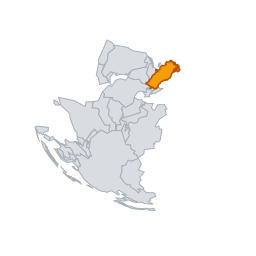 Turkey highlighted on a map of Asia, rotated 140°
{"feature_id": "TUR", "entity_name": "Turkey", "entity_type": "country or territory", "adm_level": 0, "iso_a3": "TUR", "parent_name": "Asia", "parent_adm1": "", "projection": "orthographic", "projection_center": [34.29, 38.962], "detail": "fine", "context": "in_parent", "style": "filled", "palette": "amber", "viewbox_px": 256, "rotation_deg": 140, "n_neighbors": 45, "source": "natural_earth", "source_scale": "50m", "svg_char_len": 16200}
<svg xmlns="http://www.w3.org/2000/svg" viewBox="0 0 256 256"><g transform="rotate(140 128 128)"><path d="M139.3,98.7L138.8,101.4L140.2,104.9L137.6,105.8L139.2,110.1L137.1,113.4L140.3,116.4L140.6,118.6L131.5,121.3L131.3,123.6L127.8,124.7L125.9,131.1L122.5,131.2L119.9,127.3L117.4,126.4L113.1,128.5L106.0,125.3L102.2,127.8L104.6,136.6L100.8,134.9L98.3,136.8L97.8,134.4L93.1,130.7L97.3,128.2L96.4,124.4L90.3,126.7L85.1,122.5L86.0,117.4L87.8,118.5L90.2,113.6L98.1,114.6L106.0,111.9L105.9,110.7L103.1,109.8L104.6,106.8L103.0,105.5L103.3,104.6L111.2,98.0L113.5,97.5L115.1,99.6L117.9,98.5L118.5,99.7L121.0,95.5L129.3,100.9L132.6,98.1L139.3,98.7Z" fill="#d9dde1" stroke="#a8b0b8" stroke-width="1"/><path d="M104.6,136.6L102.2,127.8L106.0,125.3L113.1,128.5L117.4,126.4L119.9,127.3L122.5,131.2L125.3,131.4L127.9,125.9L127.8,127.9L132.4,127.5L131.2,130.1L129.3,130.8L128.7,129.0L126.9,130.5L126.8,133.8L125.4,134.2L127.7,137.0L127.7,139.8L108.2,131.9L106.5,136.0L104.6,136.6Z" fill="#d9dde1" stroke="#a8b0b8" stroke-width="1"/><path d="M205.7,149.1L205.7,151.7L206.3,153.6L206.0,155.6L205.2,167.4L202.5,174.4L201.9,169.9L202.3,165.7L202.9,166.8L204.6,161.0L204.9,159.3L205.0,151.8L205.7,149.1ZM206.5,159.0L206.6,157.3L206.4,158.9L206.1,162.3L205.8,164.8L206.1,161.0L206.5,153.7L206.7,149.9L206.9,142.9L206.9,147.6L206.6,153.0L206.6,154.7L206.7,155.0L206.9,149.8L206.7,155.1L206.7,156.2L206.5,159.0ZM204.1,175.6L204.0,175.9L204.3,174.4L204.1,175.6ZM199.1,186.1L203.0,178.3L203.9,176.3L203.3,178.7L198.3,188.9L199.1,186.1ZM197.7,180.2L199.7,180.7L199.0,186.4L198.1,188.1L196.6,188.1L188.6,179.6L191.2,177.0L195.0,178.8L196.8,177.5L198.0,178.0L197.7,180.2Z" fill="#d9dde1" stroke="#a8b0b8" stroke-width="1"/><path d="M68.5,161.1L66.7,164.6L66.7,170.4L65.2,166.2L67.0,161.6L68.5,161.1Z" fill="#d9dde1" stroke="#a8b0b8" stroke-width="1"/><path d="M70.0,158.8L67.0,161.6L69.7,157.8L70.0,158.8Z" fill="#d9dde1" stroke="#a8b0b8" stroke-width="1"/><path d="M67.9,163.3L66.6,165.8L67.2,162.9L67.9,163.3Z" fill="#d9dde1" stroke="#a8b0b8" stroke-width="1"/><path d="M67.9,163.3L74.6,160.6L75.5,163.6L71.0,165.4L73.2,167.8L69.1,171.1L66.7,170.4L67.9,163.3Z" fill="#d9dde1" stroke="#a8b0b8" stroke-width="1"/><path d="M103.7,179.4L108.9,178.6L113.0,173.7L111.6,181.9L105.0,182.2L103.7,179.4Z" fill="#d9dde1" stroke="#a8b0b8" stroke-width="1"/><path d="M101.9,178.5L101.5,176.8L102.5,175.1L103.4,177.1L101.9,178.5Z" fill="#d9dde1" stroke="#a8b0b8" stroke-width="1"/><path d="M92.9,167.0L95.7,170.3L91.6,169.6L92.9,167.0Z" fill="#d9dde1" stroke="#a8b0b8" stroke-width="1"/><path d="M75.5,163.6L74.6,160.6L79.0,157.8L79.2,153.0L81.9,150.2L85.8,150.3L88.8,153.7L88.0,158.0L92.3,161.2L95.6,167.0L87.7,169.9L75.5,163.6Z" fill="#d9dde1" stroke="#a8b0b8" stroke-width="1"/><path d="M111.9,181.3L113.6,175.5L121.7,179.6L118.4,185.6L118.5,188.7L109.1,196.3L106.0,191.5L112.4,187.7L113.2,182.7L111.9,181.3ZM113.3,172.2L112.5,173.0L113.0,172.1L113.3,172.2Z" fill="#d9dde1" stroke="#a8b0b8" stroke-width="1"/><path d="M193.9,156.0L193.2,151.4L195.9,147.7L195.8,145.7L197.2,146.2L197.8,148.7L196.9,152.7L197.5,153.2L195.5,157.8L193.9,156.0Z" fill="#d9dde1" stroke="#a8b0b8" stroke-width="1"/><path d="M195.0,148.1L193.2,151.4L193.9,156.0L191.0,157.1L191.9,166.7L195.7,168.5L194.9,171.0L191.1,169.9L191.2,160.8L188.1,156.2L188.2,153.1L185.1,150.5L185.1,146.8L186.4,142.9L188.2,143.2L189.4,147.5L190.8,142.9L192.6,142.6L194.5,145.0L195.0,148.1Z" fill="#d9dde1" stroke="#a8b0b8" stroke-width="1"/><path d="M196.7,145.2L195.0,148.1L194.5,145.0L191.4,142.0L189.4,147.5L188.2,143.2L186.4,142.9L187.3,139.1L186.2,137.0L188.9,138.0L189.9,136.3L190.9,137.5L190.6,140.1L195.6,141.9L196.7,145.2Z" fill="#d9dde1" stroke="#a8b0b8" stroke-width="1"/><path d="M186.4,142.9L185.1,146.8L185.1,150.5L188.2,153.1L188.1,156.2L191.2,160.8L191.0,166.2L189.5,159.8L185.9,153.9L184.7,158.7L183.1,159.6L181.9,154.9L177.1,150.7L175.9,136.6L177.5,133.1L176.5,130.5L178.6,130.4L181.0,139.0L181.9,137.4L183.7,138.5L184.2,140.6L186.2,138.6L186.4,142.9Z" fill="#d9dde1" stroke="#a8b0b8" stroke-width="1"/><path d="M196.2,156.9L197.5,153.2L196.9,152.7L197.8,148.7L196.2,142.9L190.6,140.1L190.9,137.5L189.9,136.3L188.9,138.0L186.6,136.0L188.3,130.0L191.8,129.8L192.2,138.0L197.0,140.9L199.2,147.5L197.6,159.5L196.2,156.9Z" fill="#d9dde1" stroke="#a8b0b8" stroke-width="1"/><path d="M169.3,65.5L171.9,68.6L174.0,72.8L176.1,73.9L176.8,78.6L174.8,75.9L173.9,76.4L172.9,74.5L170.8,70.7L171.2,69.6L170.3,69.1L168.4,65.5L169.3,65.5Z" fill="#d9dde1" stroke="#a8b0b8" stroke-width="1"/><path d="M177.2,77.3L175.7,73.4L178.3,74.7L180.8,77.7L182.1,82.1L178.8,78.9L178.5,77.8L177.2,77.3Z" fill="#d9dde1" stroke="#a8b0b8" stroke-width="1"/><path d="M139.5,98.2L141.2,91.6L146.9,89.2L144.0,83.8L150.4,82.7L151.7,79.4L154.2,79.4L155.4,77.5L154.5,72.2L155.8,70.5L159.5,74.5L159.4,71.6L161.5,71.3L164.0,81.3L162.9,82.6L163.8,84.2L165.2,84.8L166.1,87.8L165.3,96.0L160.9,98.5L157.2,103.0L154.1,101.2L148.6,103.3L146.2,100.1L139.5,98.2Z" fill="#d9dde1" stroke="#a8b0b8" stroke-width="1"/><path d="M176.5,130.5L177.5,133.1L175.9,136.6L177.1,149.0L175.2,146.4L175.2,148.2L174.1,147.8L174.3,143.3L171.0,145.5L168.3,144.6L168.4,146.5L169.8,146.8L169.3,149.3L170.3,149.2L172.6,154.3L170.1,157.0L170.4,160.4L166.0,172.9L163.4,176.4L164.8,188.6L161.4,196.1L151.4,183.1L147.1,172.1L143.4,175.0L137.6,170.5L142.5,166.7L138.1,162.1L139.4,158.8L141.5,158.0L143.8,145.2L139.7,141.8L144.1,138.4L144.8,135.7L147.5,137.3L149.9,143.7L154.6,144.4L154.3,148.5L160.3,148.3L167.6,145.2L167.0,140.9L168.0,142.9L169.5,142.7L172.2,139.8L170.9,138.2L174.0,129.6L175.3,131.5L176.5,130.5Z" fill="#d9dde1" stroke="#a8b0b8" stroke-width="1"/><path d="M175.2,146.4L177.8,152.3L175.0,149.1L173.8,150.1L174.3,152.4L172.5,153.4L169.3,149.3L169.8,146.8L168.4,146.5L168.3,144.6L171.0,145.5L174.3,143.3L174.1,147.8L175.2,148.2L175.2,146.4Z" fill="#d9dde1" stroke="#a8b0b8" stroke-width="1"/><path d="M170.9,138.2L172.2,139.8L168.0,142.9L168.4,139.0L170.9,138.2Z" fill="#d9dde1" stroke="#a8b0b8" stroke-width="1"/><path d="M166.4,142.1L167.6,145.2L166.5,146.2L154.3,148.5L155.0,143.5L163.0,143.9L166.4,142.1Z" fill="#d9dde1" stroke="#a8b0b8" stroke-width="1"/><path d="M144.8,135.7L144.1,138.4L139.7,141.8L143.8,145.2L141.5,158.0L139.4,158.8L138.1,162.1L142.5,166.7L137.6,170.5L133.2,168.0L124.0,172.2L124.1,169.2L126.7,167.1L120.3,161.4L123.8,161.6L130.5,157.7L130.6,153.9L134.3,150.8L134.7,138.3L139.2,134.3L141.9,136.2L144.8,135.7Z" fill="#d9dde1" stroke="#a8b0b8" stroke-width="1"/><path d="M122.6,141.9L129.9,138.8L131.3,134.6L134.5,137.8L136.0,135.0L139.2,134.3L134.2,139.8L135.5,141.6L135.3,144.8L133.7,145.5L134.9,146.7L134.3,150.8L130.6,153.9L130.5,157.7L123.8,161.6L120.3,161.4L121.5,158.7L117.8,154.2L117.4,147.4L120.7,147.0L122.6,141.9Z" fill="#d9dde1" stroke="#a8b0b8" stroke-width="1"/><path d="M127.7,139.8L127.7,137.0L125.4,134.2L128.7,129.0L129.9,130.4L128.2,133.2L134.7,130.3L138.6,133.8L134.5,137.8L131.3,134.6L129.9,138.8L127.7,139.8Z" fill="#d9dde1" stroke="#a8b0b8" stroke-width="1"/><path d="M127.9,125.9L131.3,123.6L131.5,121.3L140.6,118.6L134.7,130.3L128.2,133.2L127.9,131.8L132.4,127.5L127.8,127.9L127.9,125.9Z" fill="#d9dde1" stroke="#a8b0b8" stroke-width="1"/><path d="M98.3,136.8L100.8,134.9L103.7,136.9L106.5,136.0L108.2,131.9L124.9,138.7L125.3,140.1L123.8,139.9L119.5,147.7L117.4,147.4L116.7,145.5L109.0,143.8L103.2,147.3L102.2,143.1L99.5,141.0L99.5,138.8L102.7,137.9L100.2,135.5L99.2,138.2L98.3,136.8Z" fill="#d9dde1" stroke="#a8b0b8" stroke-width="1"/><path d="M95.6,167.0L92.3,161.2L88.0,158.0L88.8,153.7L84.6,148.5L84.0,144.9L88.0,146.2L91.3,143.6L94.2,148.1L97.6,149.3L103.1,147.9L107.6,143.9L116.7,145.5L117.8,154.2L121.5,158.7L120.3,161.4L126.7,167.1L124.1,169.2L124.0,172.2L115.4,173.1L114.0,170.4L106.9,172.5L102.4,170.8L98.7,165.9L95.6,167.0Z" fill="#d9dde1" stroke="#a8b0b8" stroke-width="1"/><path d="M68.3,162.5L70.0,158.8L68.5,155.8L70.1,152.3L81.1,150.7L79.2,153.0L79.0,157.8L70.6,163.4L68.3,162.5Z" fill="#d9dde1" stroke="#a8b0b8" stroke-width="1"/><path d="M88.7,146.0L82.9,143.0L82.5,140.9L86.2,141.2L88.7,146.0Z" fill="#d9dde1" stroke="#a8b0b8" stroke-width="1"/><path d="M168.8,192.3L168.8,194.6L166.7,197.1L165.1,193.3L165.5,189.4L168.8,192.3Z" fill="#d9dde1" stroke="#a8b0b8" stroke-width="1"/><path d="M195.4,134.3L194.0,133.3L194.7,128.8L195.5,132.2L195.4,134.3ZM134.7,130.3L140.3,116.4L137.1,113.4L139.2,110.1L137.6,105.8L140.2,104.9L138.8,101.4L139.5,98.2L146.2,100.1L148.6,103.3L154.1,101.2L157.2,103.0L160.9,98.5L165.3,96.0L166.1,89.7L165.2,84.8L163.8,84.2L162.9,82.6L164.0,81.3L161.8,74.3L162.1,71.9L159.4,71.6L158.7,74.2L155.8,70.5L155.7,67.5L152.4,63.7L150.8,63.3L149.6,60.5L150.9,57.8L156.6,59.6L157.0,58.3L159.8,58.5L157.6,53.6L164.0,59.4L164.8,61.9L169.3,65.5L168.4,65.5L170.3,69.1L171.2,69.6L170.8,70.7L173.9,76.4L175.4,81.8L173.1,78.2L172.2,78.0L175.0,86.3L177.8,86.2L176.9,83.7L177.7,82.5L178.5,83.1L181.0,90.6L185.7,92.4L187.0,94.9L188.1,95.3L190.0,98.6L193.5,109.3L194.5,116.4L193.5,126.3L194.3,128.8L194.0,129.7L193.0,127.6L190.9,130.7L189.8,129.2L188.3,130.0L186.2,137.0L187.3,139.1L184.2,140.6L183.7,138.5L181.9,137.4L181.0,139.0L178.6,130.4L177.0,129.6L175.3,131.5L174.0,129.6L171.7,137.0L168.4,139.0L167.8,142.5L167.0,140.9L163.0,143.9L149.9,143.7L147.5,137.3L141.9,136.2L134.7,130.3Z" fill="#d9dde1" stroke="#a8b0b8" stroke-width="1"/><path d="M193.2,104.0L195.7,108.9L196.4,111.0L194.8,109.0L193.2,104.0Z" fill="#d9dde1" stroke="#a8b0b8" stroke-width="1"/><path d="M87.4,138.5L90.2,139.8L91.4,138.0L95.3,141.2L93.8,141.7L93.3,146.4L91.3,143.6L88.7,146.0L86.6,143.4L85.0,140.3L87.9,140.4L87.4,138.5ZM88.0,146.2L86.7,146.0L85.2,144.1L87.0,144.5L88.0,146.2Z" fill="#d9dde1" stroke="#a8b0b8" stroke-width="1"/><path d="M75.4,135.7L85.5,137.1L88.1,140.1L78.7,140.2L78.3,137.5L75.4,135.7Z" fill="#d9dde1" stroke="#a8b0b8" stroke-width="1"/><path d="M203.6,128.4L202.7,127.4L203.1,126.4L203.6,128.4ZM205.2,131.8L204.4,128.3L204.7,128.9L204.2,126.0L205.2,131.8ZM204.9,126.7L205.7,129.8L206.0,132.1L205.8,130.7L205.9,132.4L206.3,134.7L206.1,135.4L205.6,133.1L205.7,137.0L205.3,131.7L205.2,128.1L204.9,126.7ZM204.1,133.9L204.4,142.0L203.7,132.7L204.1,133.9ZM199.8,115.5L202.4,123.7L202.9,121.4L203.6,123.5L203.0,123.3L202.5,126.2L202.2,124.4L201.5,124.4L199.4,117.4L199.8,115.5ZM204.5,130.6L203.8,128.1L204.0,126.8L204.5,130.6ZM203.7,122.0L204.3,123.7L204.2,124.4L204.7,126.9L203.6,123.2L203.7,122.0Z" fill="#d9dde1" stroke="#a8b0b8" stroke-width="1"/><path d="M193.7,171.0L196.6,168.7L198.3,175.2L195.6,176.4L193.7,171.0ZM205.7,149.1L205.0,151.8L204.9,159.3L202.9,166.8L202.4,166.8L202.3,165.7L203.2,163.7L203.2,161.8L204.0,158.6L204.3,154.0L204.8,152.6L204.7,145.5L205.8,144.6L205.7,149.1Z" fill="#d9dde1" stroke="#a8b0b8" stroke-width="1"/><path d="M204.6,150.3L204.8,152.6L204.6,154.3L204.3,154.0L204.6,150.3Z" fill="#d9dde1" stroke="#a8b0b8" stroke-width="1"/><path d="M170.0,56.6L176.7,63.7L178.9,68.1L181.1,71.5L179.8,70.8L182.1,77.1L182.8,76.9L185.2,80.3L185.5,81.8L184.3,80.1L183.2,80.0L179.5,72.7L178.3,68.8L175.3,65.1L175.7,64.9L172.7,60.7L167.8,56.1L166.9,54.7L170.0,56.6ZM160.9,48.4L159.8,47.2L161.4,48.1L164.9,52.0L164.7,52.9L166.7,54.8L167.3,56.0L165.8,55.0L163.7,52.4L159.8,49.5L160.9,48.4ZM182.3,75.9L180.6,72.6L181.0,72.3L183.1,76.2L182.3,75.9Z" fill="#d9dde1" stroke="#a8b0b8" stroke-width="1"/><path d="M106.0,191.5L109.1,196.3L107.2,199.1L87.4,208.8L85.1,203.2L86.6,197.7L95.1,198.1L99.6,193.5L106.0,191.5Z" fill="#d9dde1" stroke="#a8b0b8" stroke-width="1"/><path d="M66.7,170.7L72.2,169.0L73.2,167.8L71.0,165.4L75.5,163.6L87.7,169.9L93.5,169.5L99.9,174.2L105.0,182.2L111.9,181.3L113.2,182.7L112.4,187.7L99.6,193.5L95.1,198.1L86.6,197.7L85.4,200.6L76.4,189.8L74.8,184.2L66.0,173.9L66.7,170.7Z" fill="#d9dde1" stroke="#a8b0b8" stroke-width="1"/><path d="M65.9,155.2L62.6,157.9L61.2,156.6L65.9,155.2Z" fill="#d9dde1" stroke="#a8b0b8" stroke-width="1"/><path d="M78.6,140.2L79.0,140.3L79.4,140.2L79.9,140.2L80.4,140.3L80.5,140.2L80.6,139.9L80.8,139.9L81.0,139.9L81.0,140.1L81.5,140.4L81.7,140.5L81.8,140.8L82.1,140.7L82.2,140.8L82.3,140.9L82.3,141.0L82.6,141.3L82.8,141.7L82.9,141.8L82.9,142.0L82.7,142.4L82.8,142.7L82.8,142.8L82.9,143.0L83.0,143.2L82.9,143.3L83.2,143.4L83.5,143.5L83.9,143.4L84.1,143.4L84.3,143.5L84.7,143.7L85.0,144.0L84.8,144.0L84.6,144.1L84.5,144.3L84.5,144.9L84.4,145.0L84.0,145.0L83.8,145.0L84.0,145.5L84.2,145.8L84.1,146.0L84.3,146.3L84.4,146.7L84.5,146.8L84.5,147.0L84.6,147.4L84.6,147.5L84.8,147.5L84.8,147.8L84.7,148.0L84.6,148.3L84.6,148.5L84.8,148.7L84.9,148.8L85.3,149.0L85.3,149.3L85.4,149.7L85.7,149.9L85.8,150.0L85.8,150.4L85.7,150.4L85.1,150.7L84.9,150.9L84.7,150.4L84.6,150.2L84.3,150.2L84.2,150.3L83.7,150.4L83.4,150.4L82.9,150.3L82.5,150.2L82.2,150.3L81.9,150.3L81.7,150.6L81.3,150.9L81.1,151.0L81.0,150.7L80.9,150.6L80.7,150.6L80.5,150.8L80.2,150.9L79.5,151.2L79.0,151.2L78.4,151.2L78.1,151.2L77.9,151.3L77.4,151.5L76.6,152.0L76.0,152.3L75.3,152.5L74.8,152.5L74.4,152.5L74.2,152.5L74.0,152.4L73.8,152.3L73.5,152.1L73.2,152.0L72.4,152.3L72.1,152.4L71.5,152.7L71.0,152.7L70.8,152.7L70.6,152.6L70.2,152.4L69.9,152.4L69.9,152.6L69.8,153.2L70.0,153.7L70.0,153.8L69.7,153.8L69.4,154.4L69.2,154.4L69.1,154.5L69.0,154.8L68.6,154.6L68.6,154.4L68.3,153.6L68.5,153.4L68.8,153.1L69.1,152.7L69.0,152.4L68.9,152.3L68.8,152.1L68.5,152.3L68.3,152.5L68.2,152.5L67.9,152.8L67.5,153.0L67.0,152.8L66.6,152.6L66.3,152.4L66.1,152.4L65.9,152.5L65.3,152.9L64.8,153.6L64.6,153.7L64.1,154.0L63.8,154.1L63.6,154.0L62.9,154.1L62.6,154.2L62.3,154.3L61.8,154.1L61.5,153.9L61.3,153.7L61.0,153.3L60.8,153.0L60.3,152.8L59.5,152.3L59.3,152.3L58.7,152.2L58.1,152.1L58.0,152.3L57.9,153.0L57.7,153.5L57.3,153.5L57.2,153.5L56.9,153.6L56.3,153.8L56.1,153.8L55.5,153.5L55.2,153.3L55.1,153.1L55.0,152.8L54.9,152.7L54.9,152.4L54.6,152.4L54.3,152.3L53.8,152.1L53.5,152.0L53.2,152.3L52.9,152.4L53.0,152.1L52.5,152.1L52.2,152.3L51.9,152.2L52.0,152.0L52.7,152.0L52.9,151.9L53.0,151.7L53.3,151.6L52.2,151.5L51.6,151.4L51.5,151.5L51.4,151.5L51.4,151.2L51.5,151.1L52.0,151.0L52.0,150.8L51.8,150.7L51.7,150.6L51.4,150.4L51.4,150.2L51.3,149.9L51.2,149.8L51.2,149.7L51.5,149.6L51.6,149.2L51.4,149.0L51.0,148.7L50.9,148.8L50.8,148.5L50.6,148.4L50.4,148.4L50.3,148.5L50.2,148.4L49.9,148.2L49.9,147.9L50.1,147.9L50.1,147.7L50.0,147.4L50.2,147.2L50.3,147.3L50.4,147.5L50.5,147.6L50.4,147.8L50.5,148.0L50.6,147.9L50.8,147.9L50.9,148.0L51.4,147.9L51.5,147.8L51.2,147.8L51.0,147.7L50.9,147.5L50.9,147.3L50.8,147.1L51.1,147.0L51.3,146.7L51.2,146.6L51.0,146.4L51.1,146.1L50.8,145.7L51.1,145.4L51.3,145.2L51.2,145.1L50.4,145.1L50.2,145.1L49.7,145.1L49.7,144.9L49.9,144.7L49.9,144.2L50.0,143.9L50.6,143.4L51.1,143.0L51.6,143.0L51.8,142.9L52.1,142.9L52.2,143.1L52.5,143.3L52.9,143.3L53.2,143.2L53.0,142.9L53.3,142.8L53.5,142.9L53.5,143.0L53.4,143.0L54.0,143.2L54.6,143.3L54.9,143.2L55.4,143.3L55.5,143.2L55.3,143.1L55.2,143.0L55.0,142.9L55.3,142.7L55.5,142.6L56.3,142.5L57.0,142.5L57.0,142.4L56.1,142.3L55.9,142.2L55.6,141.9L55.6,141.3L55.7,141.2L56.1,141.2L57.2,141.5L58.0,141.4L58.8,141.7L59.6,141.7L59.8,141.6L60.0,141.2L61.2,140.6L61.6,140.2L62.1,140.0L62.8,139.8L63.4,139.6L63.6,139.5L65.1,139.7L66.1,139.7L66.6,139.4L66.9,139.5L66.8,139.8L67.0,140.1L67.6,140.5L68.3,140.3L68.5,140.3L68.8,141.0L69.0,141.2L69.2,141.3L69.4,141.4L69.6,141.2L69.9,141.1L70.3,141.3L70.5,141.5L71.1,141.7L71.8,141.7L72.0,141.9L72.9,142.1L73.3,142.0L73.8,141.8L74.8,141.5L75.6,141.8L75.8,141.8L76.2,141.8L76.4,141.8L77.2,141.4L77.4,141.2L77.7,141.1L77.9,140.9L78.5,140.5L78.6,140.2ZM53.8,139.3L53.7,139.5L53.8,139.9L54.0,140.3L54.3,140.5L55.4,141.2L55.6,141.2L55.5,141.4L55.4,141.6L55.0,141.8L54.1,141.5L53.9,141.5L53.7,141.5L53.4,141.7L53.1,141.6L52.6,141.7L52.5,142.0L52.1,142.3L51.6,142.6L51.2,142.7L50.6,143.2L50.3,143.6L50.0,143.7L50.2,143.4L50.2,143.2L50.4,142.9L50.6,142.8L51.1,142.6L51.3,142.4L50.9,142.4L50.5,142.4L50.2,142.3L49.9,142.0L50.0,142.0L50.2,141.8L50.5,141.5L50.5,141.4L50.5,141.2L50.5,140.8L50.9,140.6L51.1,140.6L51.1,140.2L51.0,139.9L50.9,139.9L50.8,139.7L50.6,139.6L50.7,139.4L51.0,139.4L51.2,139.1L51.6,139.1L51.9,139.0L52.0,138.9L52.3,138.9L52.5,138.9L52.8,139.2L52.9,139.3L53.1,139.2L53.4,139.3L53.4,139.2L53.5,139.2L53.8,139.3ZM49.6,143.5L49.2,143.5L49.1,143.4L49.5,143.2L49.6,143.4L49.6,143.5Z" fill="#f59e0b" stroke="#b45309" stroke-width="1.5"/></g></svg>